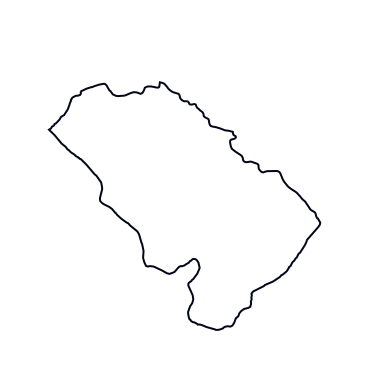 Río Hondo, Zacapa, Guatemala (Robinson projection), rotated 245°
{"feature_id": "79465075B55217962729749", "entity_name": "Río Hondo", "entity_type": "district", "adm_level": 2, "iso_a3": "GTM", "parent_name": "Guatemala", "parent_adm1": "Zacapa", "projection": "robinson", "projection_center": [-89.587, 15.094], "detail": "fine", "context": "isolated", "style": "outline", "palette": "ink", "viewbox_px": 384, "rotation_deg": 245, "n_neighbors": 0, "source": "geoboundaries", "source_scale": "gbopen_adm2", "svg_char_len": 4931}
<svg xmlns="http://www.w3.org/2000/svg" viewBox="0 0 384 384"><g transform="rotate(245 192 192)"><path d="M167.4,124.8L166.0,124.8L159.1,123.2L152.9,119.8L148.6,119.1L144.5,119.1L143.2,120.3L142.7,122.4L140.6,125.8L133.4,131.8L128.9,135.0L127.3,137.0L127.0,139.9L126.9,142.3L129.5,148.2L129.7,150.3L129.0,151.4L128.6,154.3L128.9,155.0L129.3,159.3L130.2,160.8L130.2,162.4L130.9,164.1L130.6,165.4L129.6,166.8L128.3,167.5L125.4,168.0L120.0,166.9L115.8,162.4L112.5,156.2L112.4,155.1L111.6,153.8L111.0,150.7L110.3,149.9L108.6,149.1L98.2,149.0L94.2,147.8L91.2,145.3L89.3,142.1L85.3,138.1L83.8,137.2L80.0,136.2L77.6,135.9L77.1,136.5L75.4,136.7L73.7,137.7L73.1,138.8L70.1,141.1L69.5,141.1L68.6,143.1L66.9,145.0L63.4,148.2L57.7,154.8L56.8,155.5L55.7,158.4L55.3,162.5L55.8,163.4L55.9,164.9L55.4,167.3L53.8,169.9L53.8,172.1L55.6,174.9L59.0,178.4L59.9,181.5L62.1,183.7L63.3,186.2L64.0,189.8L63.2,193.7L63.3,196.3L66.0,198.5L67.6,198.9L69.7,200.8L71.3,201.2L72.9,202.5L74.7,202.9L76.0,205.3L76.4,217.5L76.9,218.9L76.6,227.3L77.8,235.6L78.8,237.8L78.8,239.2L80.1,244.3L82.3,247.7L82.9,248.1L83.2,249.9L85.9,253.4L86.5,255.6L88.1,257.9L88.2,259.0L90.9,262.4L91.4,264.4L96.1,271.8L98.2,274.4L100.0,276.0L106.6,291.0L108.2,293.9L110.0,295.3L114.8,294.9L115.2,294.4L116.1,294.3L117.2,294.3L118.0,294.4L118.5,294.5L119.1,294.6L119.8,294.8L120.5,294.8L121.4,294.8L122.4,294.3L124.1,293.1L124.7,292.7L125.5,292.2L126.4,291.9L127.1,291.8L128.8,291.5L131.2,291.2L132.6,290.9L135.2,290.6L136.4,290.1L137.9,289.4L139.5,288.8L141.6,288.3L142.5,288.1L143.6,287.7L144.4,287.4L145.3,287.2L146.3,286.9L147.3,286.5L148.3,286.0L150.7,284.5L151.2,284.1L151.6,283.9L152.8,283.2L154.5,282.2L156.8,281.2L159.7,280.5L162.5,279.8L165.0,279.6L168.7,279.8L170.0,279.8L171.0,279.9L171.8,279.9L172.6,279.8L173.3,279.5L174.1,279.0L174.8,278.3L175.3,277.5L177.3,273.0L179.0,269.2L179.3,267.9L179.6,266.2L179.6,265.5L179.7,264.9L180.2,264.0L180.8,263.5L181.7,263.1L182.6,262.8L183.7,262.5L184.5,262.4L185.1,262.4L186.0,262.7L186.9,263.0L187.7,263.3L188.2,263.6L188.7,263.6L189.3,263.4L190.0,263.0L194.3,258.7L194.8,257.9L195.1,257.0L195.3,256.3L195.6,255.2L195.9,254.3L196.2,253.5L196.8,252.9L197.2,252.4L197.7,252.1L198.6,251.8L199.2,251.8L199.9,252.0L200.4,252.1L201.0,252.3L201.5,252.4L202.0,252.4L202.5,252.4L203.7,252.3L205.0,251.7L206.9,250.5L210.1,248.5L211.9,247.6L213.4,246.8L214.0,246.5L214.6,246.4L215.5,246.4L217.0,246.5L218.7,246.9L220.3,247.3L221.2,247.6L221.8,248.0L222.3,248.3L222.7,248.7L222.9,249.6L222.8,250.3L222.7,251.0L222.6,251.5L222.4,252.0L222.4,252.7L222.4,253.7L222.5,254.2L222.8,254.7L223.4,255.0L224.0,255.1L224.6,254.8L225.2,254.4L225.7,254.0L226.2,253.8L227.0,253.8L227.5,253.8L228.1,254.0L228.9,254.2L229.4,254.4L230.2,253.3L231.5,251.8L232.6,250.2L233.6,248.5L234.3,247.6L235.3,246.7L237.3,244.8L240.3,241.5L241.4,240.0L242.2,238.9L242.8,238.1L243.4,237.4L244.1,236.8L244.6,236.7L245.1,236.6L246.0,236.6L246.8,236.7L247.7,236.9L248.5,237.2L249.3,237.5L249.9,237.6L250.4,237.6L250.9,237.7L251.9,237.2L253.2,236.1L254.2,235.4L255.0,235.0L255.6,234.8L256.8,235.0L257.2,235.2L257.9,235.3L258.3,235.4L259.1,235.4L259.7,235.2L260.2,235.1L260.8,234.8L261.5,234.4L262.2,234.0L262.9,233.7L264.1,233.3L265.8,232.4L266.5,232.2L267.3,232.2L267.7,232.2L268.5,232.2L269.0,232.3L269.4,232.3L269.9,232.2L270.5,231.6L270.8,231.1L271.0,230.4L271.1,229.7L271.3,229.0L271.5,228.4L271.8,227.9L272.2,227.3L272.6,226.9L273.1,226.8L273.9,226.8L274.4,226.9L275.1,226.8L275.8,226.4L276.2,226.0L276.5,225.5L276.8,224.9L277.0,224.4L277.2,223.9L277.5,223.3L277.9,222.9L278.4,222.5L278.9,222.1L279.6,221.7L280.1,221.5L280.6,221.3L281.1,221.1L281.7,221.1L282.3,221.0L283.1,221.1L284.0,221.4L284.7,221.5L285.4,221.5L286.1,221.5L286.6,221.2L287.0,221.0L287.9,219.8L288.4,219.3L288.8,218.9L290.5,217.0L291.5,216.2L293.0,215.4L294.1,214.8L294.9,214.5L296.3,214.1L297.6,213.9L301.0,212.9L301.8,212.6L302.5,212.1L303.2,211.4L304.1,210.4L305.0,209.3L301.1,206.7L300.9,205.5L301.6,204.1L305.0,199.5L306.5,196.0L306.4,193.3L304.4,191.4L302.7,188.8L302.7,186.9L305.5,184.1L307.0,181.7L307.5,179.0L307.8,171.8L310.1,165.6L311.5,163.5L314.0,161.5L318.0,160.7L318.8,160.1L324.8,159.6L326.5,158.9L327.3,158.0L328.5,153.4L329.2,148.3L329.2,145.7L329.6,145.1L330.2,140.0L330.2,134.3L329.6,133.4L328.3,133.0L327.3,131.8L327.4,129.7L328.3,127.3L328.1,123.5L326.4,121.0L325.9,120.9L323.9,118.7L322.9,117.9L319.3,114.2L315.8,108.7L315.4,105.0L313.6,102.5L311.7,97.7L311.7,96.3L310.6,94.9L310.3,92.5L309.2,91.1L308.9,88.7L301.6,91.5L291.0,94.3L286.2,96.6L283.1,97.2L282.3,97.9L279.2,99.0L275.5,101.3L273.4,102.0L271.9,103.3L270.9,103.5L270.5,104.1L269.6,104.2L268.7,105.2L261.3,107.9L249.3,111.2L247.1,112.3L239.0,113.7L235.0,112.7L232.7,111.9L225.1,105.8L222.6,105.0L220.3,105.7L218.2,106.9L213.3,110.8L210.3,112.4L205.6,113.6L204.8,114.2L203.6,114.2L198.2,116.4L192.1,119.7L190.6,121.0L188.0,121.7L179.4,125.8L176.0,126.1L167.4,124.8Z" fill="none" stroke="#020617" stroke-width="2"/></g></svg>